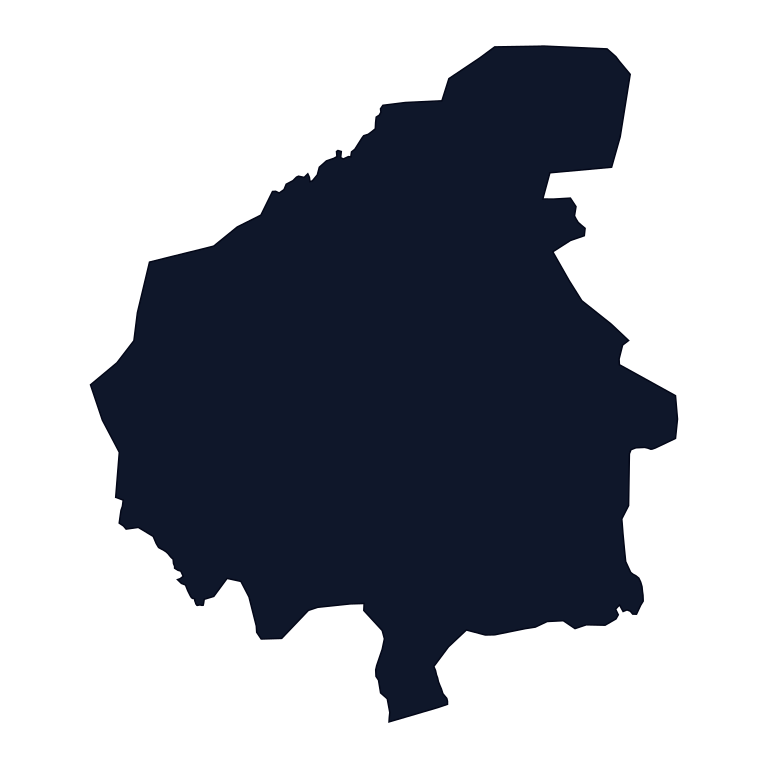 Tsanyawa, Kano, Nigeria (Natural Earth projection)
{"feature_id": "59680162B88365177272018", "entity_name": "Tsanyawa", "entity_type": "district", "adm_level": 2, "iso_a3": "NGA", "parent_name": "Nigeria", "parent_adm1": "Kano", "projection": "natural_earth1", "projection_center": [8.001, 12.281], "detail": "fine", "context": "isolated", "style": "filled", "palette": "ink", "viewbox_px": 768, "rotation_deg": 0, "n_neighbors": 0, "source": "geoboundaries", "source_scale": "gbopen_adm2", "svg_char_len": 2977}
<svg xmlns="http://www.w3.org/2000/svg" viewBox="0 0 768 768"><path d="M376.0,676.4L378.5,680.1L380.6,692.9L387.3,698.8L387.3,699.0L389.8,712.5L389.3,717.3L389.0,721.9L438.0,707.5L447.5,704.3L447.5,701.2L446.8,698.4L444.9,696.1L442.9,693.7L441.4,689.0L439.7,685.0L438.4,681.6L437.6,677.9L436.5,674.9L435.5,670.4L433.8,666.5L448.5,646.8L466.4,630.0L485.3,635.0L494.8,634.8L525.4,628.6L535.3,627.1L547.2,621.5L563.3,620.7L575.0,628.6L586.3,624.8L605.1,625.2L616.0,618.9L618.3,614.8L615.6,609.2L619.5,604.9L623.1,611.5L627.0,609.9L630.3,611.2L632.7,614.1L636.5,614.2L640.7,605.2L643.2,601.1L643.0,595.1L642.5,591.6L642.0,586.6L640.7,582.1L638.8,578.1L635.8,575.7L633.1,574.3L630.7,572.4L625.7,561.6L624.5,549.9L623.0,534.0L622.3,524.9L621.8,518.9L628.6,505.6L629.2,465.4L629.3,458.8L629.4,453.8L631.0,449.7L635.9,447.8L644.7,447.4L647.8,448.1L650.7,449.2L652.1,449.1L655.3,448.0L675.5,438.4L677.5,419.1L675.5,395.7L619.4,364.7L619.1,359.0L622.6,345.1L628.6,340.5L611.2,324.1L581.8,300.7L569.1,280.5L552.8,251.8L570.4,240.5L584.3,235.7L585.1,228.3L581.5,225.3L578.2,222.4L576.2,219.2L574.5,215.9L576.0,206.6L570.4,198.1L553.3,199.1L542.8,199.0L549.9,172.8L611.6,167.2L620.2,136.8L630.2,74.3L619.2,61.1L616.0,56.8L607.1,48.9L544.5,46.1L541.5,46.1L541.1,46.2L494.7,46.9L479.4,58.2L448.9,78.6L441.9,100.8L405.4,102.5L382.9,105.3L380.5,108.8L380.9,112.2L379.3,115.1L376.2,117.1L375.6,122.5L375.3,128.8L371.7,131.7L368.2,134.3L363.7,135.7L362.1,137.8L354.8,149.3L351.5,151.9L350.8,156.9L348.4,156.6L343.3,159.0L340.7,157.6L341.3,151.5L337.9,150.5L336.5,151.5L336.9,156.6L333.9,158.3L326.4,160.9L321.8,165.0L319.3,167.2L317.3,174.9L312.3,180.9L310.0,181.6L309.4,177.3L307.8,173.8L304.2,177.4L298.5,176.2L296.5,177.1L292.9,180.7L286.2,184.2L284.0,189.6L279.2,193.0L275.7,191.3L272.5,191.5L260.9,215.1L237.2,227.0L213.7,246.1L205.1,248.3L171.5,256.6L149.5,262.1L137.4,312.7L133.9,340.7L116.9,362.8L90.5,384.8L102.4,420.2L109.9,434.4L119.3,452.3L115.8,496.0L115.7,497.3L115.8,497.3L123.2,500.1L122.4,506.3L121.0,510.3L120.0,517.3L119.2,523.1L123.5,526.0L126.1,529.1L138.3,527.4L153.2,536.4L156.2,543.5L158.6,547.5L161.3,549.0L163.3,550.0L166.2,551.9L168.2,553.8L169.5,555.5L171.1,557.4L173.1,559.2L173.5,563.6L174.6,566.2L174.6,568.2L178.0,570.3L180.8,571.1L183.2,576.3L180.1,578.7L177.5,579.6L181.4,583.4L185.5,585.0L187.7,590.6L190.3,595.8L191.0,596.9L191.5,597.7L192.3,598.2L192.9,598.5L193.4,598.5L194.0,598.7L194.5,598.8L194.8,599.3L194.7,600.2L194.8,600.9L195.1,601.4L195.4,602.4L195.7,603.2L195.8,603.9L196.4,604.4L196.7,604.8L196.7,605.1L197.3,605.4L198.2,605.2L199.1,605.1L199.5,604.9L200.1,604.9L200.7,605.1L201.7,605.3L202.4,605.3L203.2,605.2L203.6,603.3L204.2,599.3L213.8,596.4L227.1,578.4L240.9,581.4L249.0,597.0L256.3,626.0L256.7,632.3L261.2,639.0L281.7,638.4L308.4,610.4L317.7,607.3L350.2,603.9L364.1,603.5L363.8,610.5L378.8,626.8L382.2,630.5L384.4,638.8L382.2,649.3L376.6,665.8L376.3,667.3L375.7,669.8L376.0,676.4Z" fill="#0f172a" stroke="#020617" stroke-width="1.5"/></svg>